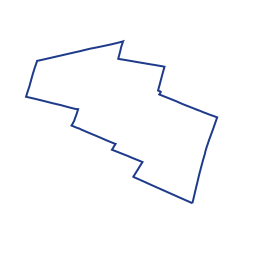 Ghergheasa, Buzau, Romania (Robinson projection), rotated 343°
{"feature_id": "2599482B37895514994023", "entity_name": "Ghergheasa", "entity_type": "district", "adm_level": 2, "iso_a3": "ROU", "parent_name": "Romania", "parent_adm1": "Buzau", "projection": "robinson", "projection_center": [27.182, 45.278], "detail": "fine", "context": "isolated", "style": "outline", "palette": "blue", "viewbox_px": 256, "rotation_deg": 343, "n_neighbors": 0, "source": "geoboundaries", "source_scale": "gbopen_adm2", "svg_char_len": 2869}
<svg xmlns="http://www.w3.org/2000/svg" viewBox="0 0 256 256"><g transform="rotate(343 128 128)"><path d="M118.8,176.3L119.6,177.0L122.6,179.6L135.5,190.9L149.9,203.4L153.1,206.2L159.7,211.9L159.8,212.0L160.5,212.6L163.4,215.1L164.4,215.9L166.6,217.9L167.6,218.7L167.6,218.8L167.8,218.3L168.9,216.5L169.5,215.6L170.7,213.4L171.8,211.6L173.9,207.9L175.3,205.6L175.9,204.5L177.1,202.5L177.6,201.7L179.0,199.3L180.4,196.9L180.7,196.3L180.8,196.2L181.6,194.8L182.3,193.7L183.2,192.1L184.0,190.8L185.0,189.3L185.5,188.4L186.5,186.8L187.2,185.7L190.0,181.2L191.9,178.3L194.1,175.0L194.5,174.2L195.4,172.6L197.9,168.9L198.8,167.7L200.7,165.0L202.0,163.2L205.5,158.6L207.5,155.9L209.0,154.0L210.8,151.5L212.7,148.9L216.4,143.9L215.2,143.0L213.3,141.5L210.2,139.3L209.0,138.3L207.3,137.0L204.7,135.0L201.7,132.5L199.0,130.4L199.0,130.5L196.8,128.7L195.2,127.4L193.9,126.4L192.7,125.4L190.0,123.3L189.1,122.6L188.0,121.7L187.1,121.0L181.6,116.2L180.7,115.5L179.9,114.9L179.1,114.2L171.7,108.3L170.0,106.9L168.6,105.8L167.8,105.2L167.7,105.1L169.0,104.0L169.7,103.3L169.9,103.1L169.9,102.8L169.8,102.7L169.7,102.7L167.8,101.1L167.7,100.9L168.0,100.5L171.5,94.9L175.4,88.6L176.8,86.4L177.6,85.1L180.8,80.1L179.0,79.1L171.9,75.5L169.4,74.3L159.8,69.5L148.7,63.9L143.9,61.5L142.9,61.0L141.4,60.3L139.9,59.5L138.9,59.0L139.6,57.8L140.1,57.0L141.6,54.6L142.0,53.9L143.0,52.3L144.3,50.1L144.6,49.5L145.0,48.8L146.2,47.1L146.5,46.6L147.4,45.4L147.5,45.3L148.0,44.6L148.2,44.2L148.4,43.8L148.5,43.7L148.4,43.7L148.1,43.7L147.1,43.7L146.1,43.6L144.7,43.6L144.2,43.6L143.2,43.5L142.9,43.5L142.6,43.5L140.8,43.4L139.7,43.3L138.0,43.2L137.4,43.2L135.0,43.0L134.3,42.9L132.8,42.8L124.8,42.1L118.9,41.5L115.3,41.1L110.2,40.8L107.4,40.6L107.2,40.6L106.4,40.6L105.6,40.6L104.8,40.5L94.1,39.7L85.4,39.1L81.6,38.8L77.2,38.5L63.5,37.5L60.7,37.2L60.2,38.0L57.5,41.7L57.3,41.9L52.7,48.6L47.4,56.9L46.5,58.4L46.2,58.8L45.7,59.7L45.5,59.9L44.9,60.7L41.3,65.8L41.2,66.0L40.8,66.7L40.2,67.5L39.6,68.3L39.9,68.5L40.2,68.7L41.9,69.6L42.7,70.1L47.1,72.6L57.5,78.8L62.7,82.0L66.5,84.2L70.5,86.5L75.7,89.8L80.1,92.5L82.9,94.2L85.0,95.1L85.8,95.4L82.5,100.2L81.4,101.7L80.6,102.6L78.6,105.4L76.7,107.3L75.2,108.8L74.7,109.2L74.8,109.3L75.5,109.8L76.1,110.3L76.4,110.6L76.7,110.8L76.9,111.0L77.0,111.1L77.3,111.3L77.5,111.5L78.4,112.2L79.0,112.7L79.4,113.0L79.8,113.3L80.7,113.9L81.0,114.1L81.2,114.3L81.3,114.4L81.5,114.5L82.1,115.1L82.8,115.8L83.5,116.4L84.6,117.3L85.2,117.8L88.1,120.3L89.6,121.5L90.2,122.0L90.4,122.2L91.2,122.9L93.2,124.5L96.8,127.5L98.6,129.0L99.4,129.7L101.5,131.5L103.0,132.8L107.1,136.2L108.6,137.4L111.2,139.5L111.4,139.6L110.9,140.1L110.0,140.8L108.9,141.8L106.3,144.1L111.6,148.3L117.1,152.7L119.4,154.5L123.4,157.9L129.5,162.8L131.9,164.8L126.8,169.2L125.8,170.2L125.6,170.3L124.7,171.1L119.7,175.4L118.8,176.2L118.8,176.3Z" fill="none" stroke="#1e3a8a" stroke-width="2"/></g></svg>